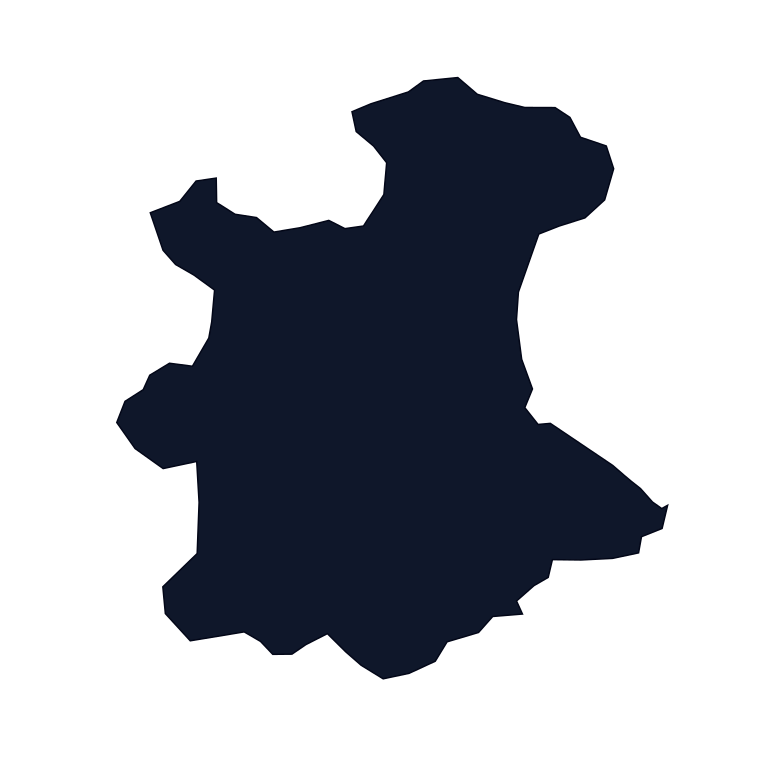 Kukës, Kukës, Albania, rotated 78°
{"feature_id": "67620474B92464717887955", "entity_name": "Kukës", "entity_type": "district", "adm_level": 2, "iso_a3": "ALB", "parent_name": "Albania", "parent_adm1": "Kukës", "projection": "robinson", "projection_center": [20.374, 41.987], "detail": "fine", "context": "isolated", "style": "filled", "palette": "ink", "viewbox_px": 768, "rotation_deg": 78, "n_neighbors": 0, "source": "geoboundaries", "source_scale": "gbopen_adm2", "svg_char_len": 1380}
<svg xmlns="http://www.w3.org/2000/svg" viewBox="0 0 768 768"><g transform="rotate(78 384 384)"><path d="M111.0,358.7L131.3,358.7L149.1,344.7L157.7,340.5L168.1,335.4L178.3,338.5L189.3,341.9L198.6,344.7L212.1,358.1L220.1,366.2L225.2,371.2L223.9,389.9L222.2,392.0L212.5,404.0L213.7,433.6L212.5,460.1L194.7,474.1L187.0,494.4L182.0,499.5L176.6,505.0L171.8,510.0L160.6,507.8L147.7,505.3L146.4,525.6L162.9,545.8L167.9,577.0L207.3,572.3L223.8,563.0L237.8,547.4L256.9,530.2L287.4,539.6L302.6,545.8L326.8,567.7L319.1,589.5L326.7,611.3L339.5,620.7L347.1,640.9L366.1,653.4L395.4,640.9L420.8,617.6L420.8,583.3L461.4,589.5L511.0,602.0L536.4,642.5L563.1,645.6L594.9,626.9L597.4,572.3L610.1,558.3L625.3,549.0L629.1,530.2L622.7,514.7L616.4,491.3L637.9,477.2L654.4,464.8L672.2,446.1L672.2,419.6L665.8,391.5L649.3,375.9L646.7,343.2L634.0,326.0L637.8,296.4L623.8,299.5L612.4,279.2L607.3,263.6L590.8,255.8L597.1,227.8L602.1,196.6L602.1,170.1L586.9,163.9L583.1,142.0L561.6,131.8L563.6,138.2L555.3,145.9L539.7,154.8L530.4,162.5L523.1,168.2L511.2,177.2L457.1,229.5L455.6,241.7L436.4,251.2L419.7,239.8L388.5,244.2L348.5,241.0L322.0,233.4L269.5,201.4L265.9,179.7L263.3,152.9L249.8,129.9L221.2,114.6L197.4,117.1L183.5,140.5L161.9,146.7L149.2,159.2L142.8,188.8L133.9,207.5L120.0,232.5L99.6,248.1L95.8,282.4L103.4,299.5L107.2,338.5L111.0,358.7Z" fill="#0f172a" stroke="#020617" stroke-width="1.5"/></g></svg>